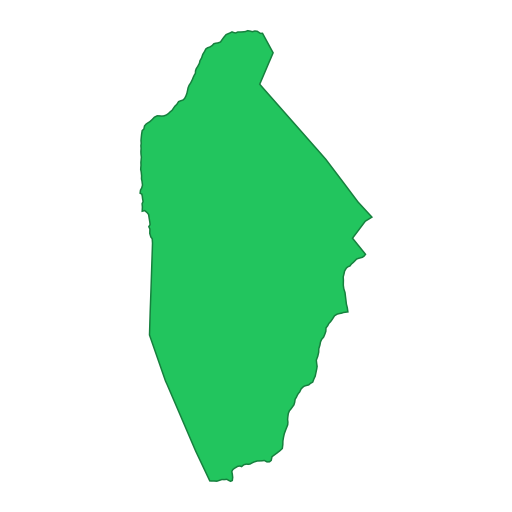 Jaguaretama, Ceará, Brazil (Equal Earth projection)
{"feature_id": "56859067B17127174876684", "entity_name": "Jaguaretama", "entity_type": "district", "adm_level": 2, "iso_a3": "BRA", "parent_name": "Brazil", "parent_adm1": "Ceará", "projection": "equal_earth", "projection_center": [-38.749, -5.493], "detail": "fine", "context": "isolated", "style": "filled", "palette": "green", "viewbox_px": 512, "rotation_deg": 0, "n_neighbors": 0, "source": "geoboundaries", "source_scale": "gbopen_adm2", "svg_char_len": 2983}
<svg xmlns="http://www.w3.org/2000/svg" viewBox="0 0 512 512"><path d="M148.8,226.7L149.9,229.0L149.8,233.5L150.9,237.1L152.2,238.7L152.5,243.2L152.3,249.7L150.9,292.1L150.2,311.7L149.5,335.0L165.5,381.0L167.2,384.7L195.6,450.9L209.8,480.9L211.7,481.0L214.2,481.0L216.8,481.2L219.3,480.4L221.9,479.5L224.3,479.6L226.8,479.3L229.1,480.6L230.6,481.3L232.3,480.5L232.7,477.4L232.3,474.0L231.8,471.5L232.8,469.6L234.3,468.4L236.3,467.2L237.8,466.3L239.9,466.0L241.6,466.6L243.7,464.8L246.3,464.1L248.2,464.3L250.1,464.0L251.7,463.1L253.7,462.1L257.2,461.0L259.6,460.9L261.8,460.8L264.4,460.5L267.0,461.9L269.5,461.8L271.2,460.4L272.0,456.7L279.6,451.0L282.3,448.5L282.8,444.7L282.9,440.9L283.5,437.3L284.3,433.7L285.5,430.4L286.6,427.6L287.7,424.8L287.9,422.2L287.6,419.6L287.8,417.1L288.3,413.5L289.4,410.8L291.0,408.9L292.3,407.1L293.9,404.9L294.7,402.2L295.1,399.3L296.4,397.2L297.3,395.2L298.4,393.4L299.7,391.9L301.0,389.1L302.7,387.3L304.3,386.1L306.3,385.5L308.7,384.9L310.4,383.4L312.7,382.1L314.0,378.7L315.2,376.2L315.9,372.8L316.7,369.0L317.1,366.4L316.7,363.7L316.3,360.2L317.8,356.1L318.7,352.2L318.8,348.8L319.9,345.1L320.5,341.9L321.7,339.3L323.6,337.1L324.7,334.5L325.8,331.4L326.0,327.9L327.7,325.7L328.8,323.5L330.7,321.5L332.4,319.1L334.5,315.8L337.2,314.1L339.7,313.5L341.8,313.1L343.4,312.5L345.6,312.2L347.9,311.9L347.3,307.7L346.4,304.2L345.0,292.6L343.8,288.8L343.3,285.2L343.4,280.1L343.2,276.9L344.0,273.8L344.6,271.0L346.4,268.0L347.9,266.8L350.0,265.9L351.3,264.1L353.3,262.4L355.3,260.4L356.5,259.1L358.6,258.3L362.4,257.3L364.1,256.1L365.5,254.3L352.5,238.2L365.3,221.2L371.9,217.1L358.0,202.0L344.2,183.6L326.0,159.6L323.5,156.7L310.4,141.8L263.5,88.6L259.7,84.2L261.3,80.5L268.9,62.6L270.6,58.7L273.1,52.8L262.5,33.3L260.4,33.4L258.9,32.4L257.3,31.3L254.8,31.0L252.4,31.7L250.1,31.1L247.7,30.7L245.3,31.6L242.4,31.9L240.3,32.0L237.8,32.0L235.6,33.0L233.8,32.6L232.0,31.9L230.1,32.9L228.2,33.7L226.1,34.6L223.9,37.2L222.0,39.8L220.5,42.0L218.0,42.9L215.4,43.3L213.9,43.7L212.1,45.6L209.9,47.0L207.5,47.8L205.8,49.0L204.5,51.6L202.8,54.3L201.6,57.9L200.0,60.7L199.4,63.3L197.7,66.5L196.3,68.6L195.5,70.9L195.4,73.3L194.3,75.1L193.3,77.2L192.4,79.5L190.7,82.9L189.1,85.3L188.1,87.8L187.6,90.2L187.0,93.0L186.0,95.8L184.6,98.5L182.9,100.1L180.9,100.7L178.6,101.6L176.8,104.4L174.9,106.2L173.5,108.2L172.1,110.3L170.1,111.9L168.5,113.5L166.5,114.9L163.9,115.9L161.7,116.1L159.7,115.9L157.2,115.8L154.4,117.2L152.2,119.5L149.8,121.7L148.0,122.8L146.1,124.1L144.5,126.0L143.9,129.0L142.2,130.6L141.6,134.2L141.3,137.1L141.0,140.5L141.2,143.4L140.9,145.7L141.1,148.4L140.9,151.4L141.0,154.2L141.4,157.2L140.9,162.3L141.0,165.3L140.7,169.3L141.2,171.9L141.6,175.8L141.5,178.9L142.0,181.1L142.5,185.1L141.7,188.0L140.5,190.1L140.1,193.2L141.8,194.1L142.3,196.3L142.6,199.0L143.1,201.5L142.1,203.7L142.4,207.0L142.2,211.2L144.7,210.6L147.1,212.6L148.6,214.5L149.1,217.8L149.8,222.0L150.1,224.6L148.8,226.7Z" fill="#22c55e" stroke="#15803d" stroke-width="1.5"/></svg>